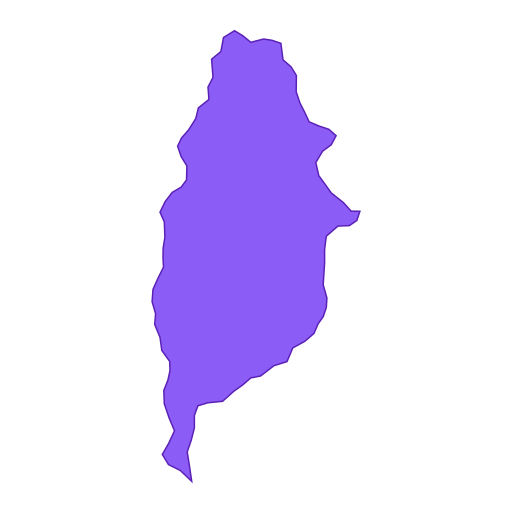 Osasco, São Paulo, Brazil (Mercator projection)
{"feature_id": "56859067B92570166670782", "entity_name": "Osasco", "entity_type": "district", "adm_level": 2, "iso_a3": "BRA", "parent_name": "Brazil", "parent_adm1": "São Paulo", "projection": "mercator", "projection_center": [-46.791, -23.535], "detail": "fine", "context": "isolated", "style": "filled", "palette": "violet", "viewbox_px": 512, "rotation_deg": 0, "n_neighbors": 0, "source": "geoboundaries", "source_scale": "gbopen_adm2", "svg_char_len": 1268}
<svg xmlns="http://www.w3.org/2000/svg" viewBox="0 0 512 512"><path d="M160.0,212.2L164.3,221.8L164.9,237.2L163.1,248.4L163.0,258.0L163.5,267.2L157.8,278.6L153.0,289.3L152.1,301.7L155.6,313.7L154.7,324.4L160.0,337.4L161.8,350.5L169.7,361.4L170.0,370.6L167.9,380.1L163.8,390.5L164.3,403.8L169.2,418.2L174.5,430.8L168.5,443.7L162.3,454.4L168.5,464.6L180.2,470.4L191.7,481.3L189.4,465.5L187.2,452.0L191.3,440.0L194.4,427.8L194.4,415.4L197.9,405.8L207.7,402.8L222.6,401.3L233.6,391.4L242.6,385.0L250.8,377.9L260.6,376.0L273.9,365.7L287.0,361.6L292.8,347.9L304.8,341.3L314.0,333.4L318.1,323.8L323.2,316.7L326.3,307.5L326.9,298.0L323.2,284.8L324.6,262.7L324.6,249.4L326.3,236.2L337.9,226.1L349.4,225.6L356.8,220.5L359.9,211.3L351.1,211.1L343.5,202.7L331.2,192.9L325.1,184.3L318.8,175.7L315.8,162.5L322.7,151.1L331.3,144.7L336.1,135.7L328.9,129.3L318.9,126.0L309.1,121.8L304.3,111.5L299.9,102.9L296.2,91.8L296.4,75.5L291.1,66.9L283.0,59.8L280.9,43.3L272.0,40.3L263.6,39.0L250.8,42.3L242.6,35.6L234.5,30.7L223.5,37.5L220.9,51.5L211.6,59.2L213.0,77.4L208.0,87.0L208.9,99.5L198.4,107.8L195.8,118.5L188.6,129.9L181.5,138.0L177.6,146.2L181.2,156.7L186.9,165.9L186.5,180.0L181.2,187.1L172.2,192.4L165.2,201.5L160.0,212.2Z" fill="#8b5cf6" stroke="#5b21b6" stroke-width="1.5"/></svg>